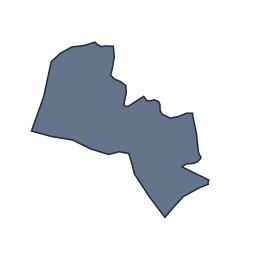 Zərdab, Equal Earth projection, rotated 199°
{"feature_id": "AZE-1721", "entity_name": "Zərdab", "entity_type": "District", "adm_level": 1, "iso_a3": "AZE", "parent_name": "Azerbaijan", "parent_adm1": "", "projection": "equal_earth", "projection_center": [47.672, 40.244], "detail": "fine", "context": "isolated", "style": "filled", "palette": "slate", "viewbox_px": 256, "rotation_deg": 199, "n_neighbors": 0, "source": "natural_earth", "source_scale": "10m", "svg_char_len": 879}
<svg xmlns="http://www.w3.org/2000/svg" viewBox="0 0 256 256"><g transform="rotate(199 128 128)"><path d="M218.3,93.7L217.9,130.4L222.2,165.7L216.1,176.9L207.5,186.3L196.6,191.6L187.2,198.4L183.8,196.9L179.8,196.2L176.1,198.2L168.5,200.5L164.6,191.9L164.1,190.8L162.1,178.4L161.7,172.4L156.9,169.9L151.6,169.5L150.0,169.4L143.9,167.5L141.2,161.1L139.4,147.9L135.1,148.2L123.5,163.0L119.0,159.9L115.6,161.1L112.3,163.2L107.9,163.0L105.5,160.8L103.3,155.0L100.2,152.2L91.1,151.1L83.8,155.5L77.5,161.0L71.7,163.0L70.7,160.4L61.7,145.5L54.0,129.0L51.9,126.0L49.9,124.6L49.4,123.0L49.3,122.9L51.2,118.9L54.4,115.9L61.3,112.9L64.3,108.8L34.6,105.1L34.6,102.4L33.8,101.0L41.1,94.7L53.2,81.4L58.8,68.8L64.0,55.5L85.8,70.2L106.9,86.6L113.1,96.0L119.0,104.1L128.5,102.7L137.7,96.7L156.5,96.0L176.2,98.6L197.0,95.1L218.3,93.7Z" fill="#64748b" stroke="#1e293b" stroke-width="1.5"/></g></svg>